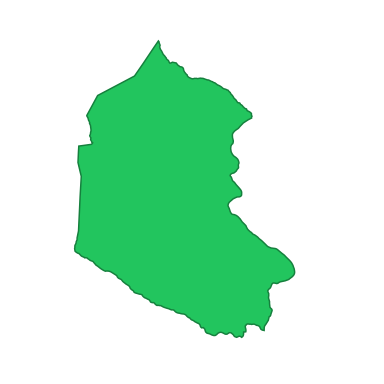 outline of Juazeiro, Bahia, Brazil, rotated 118°
{"feature_id": "56859067B49115831808668", "entity_name": "Juazeiro", "entity_type": "district", "adm_level": 2, "iso_a3": "BRA", "parent_name": "Brazil", "parent_adm1": "Bahia", "projection": "robinson", "projection_center": [-40.259, -9.513], "detail": "fine", "context": "isolated", "style": "filled", "palette": "green", "viewbox_px": 384, "rotation_deg": 118, "n_neighbors": 0, "source": "geoboundaries", "source_scale": "gbopen_adm2", "svg_char_len": 5953}
<svg xmlns="http://www.w3.org/2000/svg" viewBox="0 0 384 384"><g transform="rotate(118 192 192)"><path d="M223.8,65.5L222.5,65.0L220.0,63.8L218.0,63.2L216.2,63.2L215.1,63.5L214.0,64.1L212.0,65.6L210.0,67.8L209.4,68.4L208.4,69.9L207.7,71.0L206.9,72.9L206.4,74.4L205.3,78.2L204.4,80.9L203.9,84.0L202.8,89.1L202.6,90.6L202.8,91.9L203.7,94.3L204.3,95.9L204.6,99.0L204.5,100.0L203.6,102.9L202.2,107.8L201.7,110.8L201.0,112.8L200.8,114.0L200.5,116.1L200.6,118.6L199.8,120.6L199.8,121.7L199.2,124.1L198.8,125.3L197.6,127.2L196.4,128.6L194.8,133.8L193.2,136.8L192.2,139.8L192.0,141.0L191.9,142.0L192.1,143.9L192.6,145.4L192.8,146.3L192.5,147.3L191.5,148.9L189.1,151.4L187.9,153.0L187.2,153.8L186.3,154.1L185.4,154.4L183.5,154.3L178.6,152.4L175.9,150.4L175.2,149.8L173.8,147.6L172.9,147.0L171.9,146.7L170.9,147.0L168.8,148.1L168.1,148.8L167.5,149.6L166.7,151.3L164.7,156.7L163.9,158.3L163.5,159.3L163.2,160.9L162.6,162.0L161.8,162.8L160.4,164.3L160.1,165.3L159.7,166.0L158.9,166.2L158.0,166.0L157.2,165.7L156.2,164.8L155.7,164.1L154.9,163.6L152.5,162.7L151.3,162.8L150.3,162.6L149.0,162.3L148.3,162.5L147.2,163.3L146.5,163.7L145.7,164.0L144.5,164.1L143.8,164.5L142.3,166.0L141.5,167.3L140.9,169.4L140.6,172.0L140.1,173.2L139.8,174.0L139.2,174.8L138.7,175.6L137.9,176.5L135.6,178.2L133.7,179.0L133.0,179.2L131.3,179.2L130.1,178.7L128.4,179.1L127.4,179.6L124.9,181.8L122.9,183.0L121.6,183.5L120.1,183.4L118.2,183.0L116.0,182.0L114.8,181.3L113.9,180.9L111.5,180.4L106.9,179.1L102.0,176.4L100.3,175.2L98.7,174.1L97.8,174.7L96.9,174.6L96.2,175.7L95.1,176.1L94.5,177.0L94.3,178.0L94.2,179.1L94.2,180.3L94.3,181.3L93.8,182.1L93.1,182.9L93.3,184.0L93.3,185.1L92.9,186.0L92.7,187.0L92.2,187.9L91.9,189.0L91.9,190.3L91.4,190.9L91.0,191.7L91.6,193.5L91.2,194.5L90.8,195.2L90.0,196.6L89.8,197.6L89.5,198.9L88.8,199.9L87.7,201.9L87.4,203.2L86.8,204.2L86.2,205.0L86.0,206.1L85.2,208.1L85.5,209.4L85.4,210.2L85.6,211.0L85.9,212.3L85.9,213.7L85.5,215.0L85.3,216.6L85.3,218.7L85.5,219.6L85.0,222.3L84.9,223.2L85.2,224.3L85.0,225.6L85.3,227.2L85.3,229.8L85.8,231.0L86.3,234.0L86.4,235.2L86.8,236.3L87.2,237.1L87.5,238.0L88.1,238.8L89.3,240.3L89.6,241.5L90.1,242.3L90.4,243.0L91.7,244.4L92.1,245.7L92.2,247.0L92.3,248.5L92.1,249.6L91.8,250.4L90.9,251.2L90.7,252.3L89.6,254.9L88.9,255.9L88.3,256.6L87.3,257.3L86.6,258.3L86.4,259.4L86.6,260.3L87.0,261.6L86.7,263.0L86.6,264.2L85.5,266.4L86.0,268.2L86.6,270.2L87.5,270.9L88.2,271.4L88.6,272.1L88.3,272.8L87.8,273.5L87.3,274.1L86.9,274.9L86.8,276.0L86.4,277.1L85.8,277.6L85.4,278.6L84.6,280.2L84.3,281.2L83.9,282.2L83.3,283.0L81.9,284.9L81.0,286.6L80.5,287.2L79.7,288.1L78.7,288.8L77.6,289.0L76.8,289.7L76.0,290.8L74.8,291.7L74.4,292.6L81.6,293.4L101.2,295.4L116.6,297.2L151.1,320.6L173.8,320.8L174.6,320.1L175.2,318.9L177.3,316.9L177.7,316.2L178.2,315.6L178.7,315.0L179.5,314.7L180.8,313.0L181.7,312.3L182.4,311.9L183.0,311.4L184.6,310.3L185.4,309.9L187.3,309.4L188.2,309.0L189.1,308.8L190.1,308.8L191.0,308.0L191.5,306.9L192.4,306.4L193.5,306.0L194.4,304.4L195.2,303.7L195.3,302.8L197.1,303.1L204.6,313.5L210.5,310.8L219.5,306.5L230.2,297.1L248.2,288.8L261.3,282.6L279.7,273.9L286.5,271.9L287.4,271.4L288.3,271.0L289.4,271.0L290.2,270.9L291.8,270.3L293.6,270.3L294.7,270.1L295.8,269.4L296.8,269.2L297.7,268.6L299.2,267.4L299.5,266.1L299.6,265.1L299.6,263.9L299.4,262.8L299.8,261.6L300.1,260.8L300.4,259.9L300.5,259.0L300.3,256.8L300.5,255.8L299.8,254.8L299.5,253.7L299.8,252.7L299.9,251.3L300.2,249.8L300.0,248.3L299.8,246.8L300.2,245.8L300.7,244.8L301.2,243.4L301.7,242.2L301.7,240.9L302.2,238.3L302.5,236.7L302.6,235.3L302.7,233.9L302.7,232.2L302.5,231.1L301.9,230.4L301.4,229.4L301.0,228.5L300.8,227.6L300.6,226.5L300.7,224.5L300.8,223.3L301.0,220.5L301.2,219.1L302.0,218.1L302.3,217.4L302.6,216.5L302.6,215.4L302.5,214.3L302.5,213.4L302.9,212.3L303.4,211.3L303.7,210.1L304.1,207.9L304.3,206.8L304.3,205.7L304.4,204.4L304.5,203.6L305.0,202.4L305.8,201.6L306.2,200.9L306.5,199.8L306.7,198.7L306.7,197.7L307.2,196.7L307.8,195.9L307.7,195.0L307.6,193.9L307.3,192.8L306.9,190.6L306.4,189.3L306.2,188.0L306.8,187.0L307.2,186.1L307.6,184.3L307.4,183.1L307.4,180.8L307.3,179.3L307.6,178.5L308.6,176.9L308.5,175.8L308.3,175.0L307.7,174.0L307.8,172.9L308.2,172.1L308.5,171.1L308.6,169.8L307.7,168.1L307.4,167.0L306.9,166.0L307.0,164.9L307.0,163.4L306.8,161.8L306.5,160.1L305.9,157.2L305.9,155.9L305.6,154.5L305.1,153.7L304.8,152.7L305.3,151.1L305.6,149.9L305.6,148.7L305.4,147.5L304.9,146.2L304.7,145.0L304.2,143.4L303.7,142.3L303.5,141.3L303.4,140.1L303.7,139.1L304.1,138.1L304.3,137.2L304.5,136.1L304.2,135.1L304.7,133.9L305.1,132.5L304.9,131.2L304.9,130.0L305.2,128.3L305.1,126.9L305.2,125.9L305.0,124.7L305.2,123.3L305.9,122.2L306.6,121.6L307.1,120.9L307.4,119.6L306.9,119.0L306.4,118.3L306.8,117.2L307.2,116.1L308.2,115.3L309.1,114.3L309.4,113.4L309.6,112.4L309.3,111.3L309.0,110.1L308.9,109.0L308.9,107.3L308.5,105.4L308.1,104.6L307.6,104.0L306.3,103.3L304.8,102.9L303.8,102.3L302.8,101.4L302.2,100.5L302.0,99.6L301.9,98.1L301.9,96.1L301.6,95.2L301.0,94.3L298.9,93.2L298.3,92.3L298.0,91.1L298.4,89.7L298.5,88.8L299.3,87.4L299.6,86.6L299.4,84.5L298.8,83.9L298.1,83.4L297.4,82.9L296.9,82.2L296.8,81.1L297.0,79.9L295.8,79.4L294.9,79.3L293.9,79.5L292.8,80.0L291.4,80.7L290.8,79.7L290.2,78.9L289.5,79.1L288.6,79.6L287.7,80.2L287.0,80.9L286.1,81.6L285.3,82.1L284.6,81.8L283.5,81.8L282.6,81.2L282.1,80.4L281.8,79.3L281.3,78.6L280.9,77.1L280.2,76.3L279.7,75.5L279.4,74.7L279.4,73.9L279.4,72.4L279.0,71.3L278.9,70.3L279.1,69.1L279.7,68.3L280.4,67.4L280.9,66.5L280.9,65.1L280.4,63.3L277.8,64.6L276.0,65.0L274.3,64.7L269.4,64.4L266.1,65.3L264.8,64.7L263.8,64.7L262.8,65.0L259.1,65.6L258.1,66.4L257.5,68.4L257.1,69.1L256.1,69.8L254.2,71.1L252.2,72.2L250.7,73.7L250.0,74.4L248.7,75.2L247.8,75.4L245.6,76.6L244.6,78.0L243.5,78.8L241.8,78.6L240.8,78.1L239.6,77.8L235.8,78.2L234.9,78.0L234.3,77.6L233.8,76.8L233.0,74.1L232.2,73.3L230.6,72.5L229.8,71.8L226.7,68.1L225.6,67.1L223.8,65.5Z" fill="#22c55e" stroke="#15803d" stroke-width="1.5"/></g></svg>